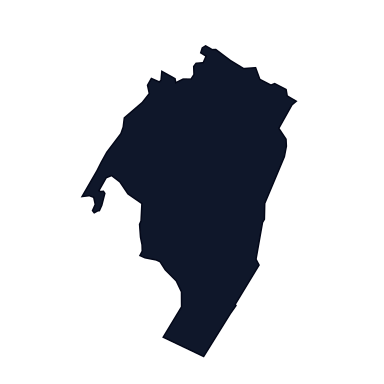 the district of Ouallam, Tillabéri, Niger, rotated 211°
{"feature_id": "23599985B18642698649368", "entity_name": "Ouallam", "entity_type": "district", "adm_level": 2, "iso_a3": "NER", "parent_name": "Niger", "parent_adm1": "Tillabéri", "projection": "equal_earth", "projection_center": [2.332, 14.566], "detail": "fine", "context": "isolated", "style": "filled", "palette": "ink", "viewbox_px": 384, "rotation_deg": 211, "n_neighbors": 0, "source": "geoboundaries", "source_scale": "gbopen_adm2", "svg_char_len": 1230}
<svg xmlns="http://www.w3.org/2000/svg" viewBox="0 0 384 384"><g transform="rotate(211 192 192)"><path d="M96.5,107.7L95.8,117.3L97.1,117.9L96.9,163.9L102.5,167.3L115.9,202.3L115.9,205.9L123.8,219.7L126.6,239.4L131.0,269.8L134.7,279.9L138.6,285.7L150.4,291.3L151.2,318.2L149.4,323.5L156.7,323.4L159.9,323.4L164.1,328.3L177.0,327.5L179.4,324.3L191.9,323.5L201.5,331.3L211.3,324.4L226.9,324.5L245.0,326.4L248.1,324.4L249.9,324.4L251.3,324.4L253.7,324.3L253.8,324.3L255.6,324.3L257.4,320.8L256.2,315.8L249.9,315.7L249.0,308.6L254.8,304.4L255.2,300.5L250.8,293.7L251.0,288.2L257.8,284.2L262.2,277.3L264.9,280.4L280.0,279.9L276.1,271.9L276.7,269.5L285.3,268.4L285.1,260.6L279.3,254.4L280.7,243.2L288.2,220.7L284.4,212.2L283.0,205.4L285.5,182.3L285.1,170.7L284.4,161.2L283.9,131.5L278.1,136.0L273.5,136.8L268.5,131.5L267.7,124.8L265.1,123.8L263.1,127.3L261.8,128.3L262.5,134.2L266.0,145.9L268.3,147.0L270.7,145.2L272.5,145.2L272.9,160.0L269.4,164.7L259.0,163.5L245.9,157.4L229.0,156.3L220.8,141.0L220.3,137.3L212.9,126.8L207.6,121.0L204.2,115.7L203.9,110.7L198.4,111.4L187.7,115.3L183.5,115.8L174.8,111.5L159.7,107.7L149.6,101.0L141.8,88.2L141.9,52.7L97.3,57.0L96.5,107.7Z" fill="#0f172a" stroke="#020617" stroke-width="1.5"/></g></svg>